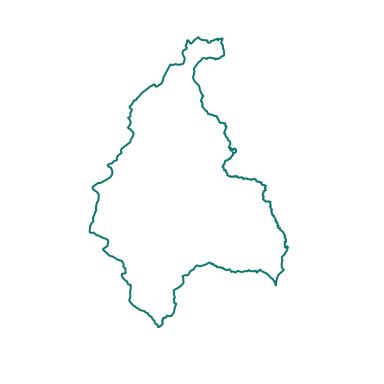 Chai Prakan, Chiang Mai, Thailand, rotated 54°
{"feature_id": "78962969B89522640668309", "entity_name": "Chai Prakan", "entity_type": "district", "adm_level": 2, "iso_a3": "THA", "parent_name": "Thailand", "parent_adm1": "Chiang Mai", "projection": "robinson", "projection_center": [99.191, 19.697], "detail": "fine", "context": "isolated", "style": "outline", "palette": "teal", "viewbox_px": 384, "rotation_deg": 54, "n_neighbors": 0, "source": "geoboundaries", "source_scale": "gbopen_adm2", "svg_char_len": 6041}
<svg xmlns="http://www.w3.org/2000/svg" viewBox="0 0 384 384"><g transform="rotate(54 192 192)"><path d="M317.4,179.2L314.3,177.0L310.3,171.9L309.7,170.0L309.3,165.1L308.9,163.6L306.1,163.6L305.2,163.3L303.2,162.0L300.4,159.1L297.5,157.6L297.2,156.8L297.0,153.9L296.0,152.3L295.0,149.3L293.0,146.9L292.2,146.9L292.0,149.1L291.2,149.3L289.9,147.8L288.4,147.7L287.7,146.2L287.1,146.1L287.5,145.4L287.2,144.9L286.7,144.9L286.3,144.3L285.0,143.7L283.9,143.9L283.4,143.4L282.9,143.4L282.4,142.4L281.1,142.6L279.3,142.0L278.0,141.9L273.9,142.9L272.9,142.2L272.8,142.6L271.2,143.4L270.8,143.3L270.2,141.9L269.5,142.3L269.3,141.9L268.8,141.9L267.2,141.1L266.0,141.7L265.4,140.8L263.9,141.3L263.1,140.2L261.5,140.3L259.7,139.8L258.6,140.5L258.0,140.0L257.0,140.3L255.6,139.4L254.3,139.3L253.1,137.6L252.0,138.1L250.6,137.4L249.7,137.6L249.2,136.2L248.0,135.8L247.5,135.3L246.5,135.2L246.0,134.4L244.7,135.4L243.4,137.8L239.8,138.8L238.5,137.8L238.4,137.0L237.9,136.7L236.9,137.0L235.3,136.1L234.7,135.3L234.6,134.4L233.6,133.7L233.9,133.2L233.6,132.3L233.8,131.2L233.4,130.9L232.8,131.0L232.3,130.6L231.7,130.8L231.2,130.5L231.0,129.2L230.5,128.6L229.4,129.1L227.7,130.8L227.0,130.7L225.7,131.2L225.1,130.2L222.7,132.2L222.5,132.8L220.5,133.6L219.6,133.0L218.0,133.7L217.2,135.7L217.3,136.7L215.8,137.6L214.2,139.5L213.5,139.6L212.1,141.3L211.7,142.8L210.8,142.4L209.3,143.1L208.0,145.9L206.3,146.0L206.1,146.8L205.4,146.7L205.1,147.5L204.5,147.7L204.7,148.5L203.8,149.3L203.6,150.3L203.0,150.5L202.7,151.5L201.6,151.9L201.3,152.5L198.9,153.4L197.7,152.7L195.9,152.7L195.2,151.9L193.5,152.4L193.5,153.0L192.8,153.1L191.1,152.2L189.5,152.5L188.9,150.8L188.4,150.4L188.6,150.1L188.4,149.5L186.3,146.7L187.2,144.4L186.9,142.6L187.4,142.2L187.2,141.7L187.4,140.9L186.8,140.5L186.8,139.8L186.3,138.8L186.4,138.2L185.7,136.5L184.5,135.9L185.4,134.4L185.5,133.5L184.9,132.4L184.0,131.6L182.8,131.6L181.8,132.1L181.5,133.5L182.2,133.9L182.3,135.5L181.5,135.5L180.6,134.7L179.9,134.7L179.7,135.0L180.2,136.1L179.3,135.9L179.0,135.2L178.4,135.8L177.6,136.0L175.8,132.8L174.2,131.9L172.6,131.7L171.6,132.2L170.6,132.2L168.8,131.5L167.5,132.1L165.3,131.5L164.9,131.0L163.2,131.4L160.1,126.6L159.7,126.6L159.4,125.8L158.9,125.5L158.2,125.9L158.1,125.6L157.3,125.6L155.9,124.9L155.4,125.9L154.0,126.4L152.8,128.5L151.4,128.6L150.1,128.5L149.6,128.0L147.0,128.1L146.3,127.5L145.3,127.6L144.3,128.2L143.3,129.6L141.6,130.0L140.8,131.1L139.9,131.4L138.5,133.1L135.3,132.4L134.4,133.1L128.7,133.4L128.1,133.1L127.4,132.0L126.3,131.7L125.5,131.0L123.8,131.4L121.6,128.7L121.3,126.7L121.0,126.5L117.7,126.4L113.9,125.6L112.3,124.6L110.0,123.9L103.9,124.8L101.4,124.4L99.8,123.7L96.2,119.2L93.8,118.5L93.1,117.2L91.0,110.8L90.8,107.3L89.9,105.0L91.2,102.9L93.0,101.9L93.0,100.4L93.7,98.5L95.2,97.5L96.3,96.0L98.4,95.2L98.1,94.1L99.1,93.6L99.6,92.8L99.5,91.9L100.0,90.9L99.7,88.3L100.4,86.0L99.6,85.1L96.0,82.9L93.6,82.4L91.4,80.8L89.4,80.9L88.2,80.5L86.7,78.0L85.7,77.2L85.1,78.1L84.4,81.5L83.2,81.0L82.8,81.4L82.9,82.8L82.1,83.9L82.1,85.7L81.0,87.8L81.8,89.4L81.0,90.9L79.9,91.3L78.4,90.5L74.9,94.6L72.8,95.6L70.5,95.9L70.5,101.4L71.3,103.1L71.3,105.8L67.9,105.9L66.8,106.2L66.6,106.6L68.7,108.9L70.0,111.2L72.4,111.5L73.0,112.4L72.6,113.9L72.6,116.6L73.6,117.8L75.6,118.6L79.6,119.3L81.6,121.4L82.7,123.0L83.0,124.2L82.0,126.7L80.7,128.6L79.0,130.0L77.6,133.4L76.2,134.6L82.4,147.6L85.1,150.5L86.2,152.7L86.0,158.6L85.3,159.3L84.4,159.4L83.4,158.9L82.6,159.5L82.2,164.1L82.4,174.9L83.3,177.4L84.0,181.6L84.6,183.0L84.0,185.3L85.9,189.6L86.2,192.2L87.3,192.9L89.7,192.1L90.3,192.5L92.0,195.6L94.5,197.2L94.7,197.6L94.6,200.1L97.4,199.9L99.8,200.7L101.0,202.3L102.2,205.9L103.2,206.0L104.8,205.0L109.2,204.7L110.2,204.8L111.0,205.4L112.4,207.5L113.5,210.6L115.1,212.3L115.4,213.0L115.6,223.3L115.8,224.0L116.6,225.0L119.0,226.0L119.0,229.9L119.7,232.3L121.9,233.9L122.0,234.5L121.1,237.0L121.8,240.1L120.5,242.6L120.7,244.2L121.2,244.7L122.1,244.7L123.3,243.8L124.8,243.4L127.6,243.9L130.2,245.5L131.0,246.7L131.9,248.7L132.0,252.1L131.0,260.1L130.7,261.2L129.6,262.6L129.4,266.3L129.6,269.5L130.7,270.3L132.1,270.3L135.8,269.0L138.0,268.8L139.5,269.1L140.8,270.1L143.9,272.8L144.4,274.7L147.2,278.1L150.8,280.6L151.2,282.1L152.9,284.1L154.7,287.3L157.6,289.0L158.3,291.6L159.7,294.4L164.1,298.3L165.8,297.7L167.1,295.4L170.8,294.6L172.9,292.9L176.9,291.0L179.2,289.1L181.7,288.3L182.7,288.8L186.0,292.1L185.8,297.0L186.4,297.9L195.4,296.0L197.5,294.1L202.7,292.1L206.3,289.4L209.2,289.5L210.5,289.9L212.0,291.5L215.0,290.9L216.9,292.4L218.2,292.9L218.4,293.3L218.3,294.3L217.1,296.7L217.9,297.7L218.6,298.0L221.9,298.4L225.4,297.6L226.2,297.1L229.1,298.0L230.6,296.7L231.8,296.4L237.4,301.5L239.5,302.7L240.8,303.8L242.3,306.1L243.8,306.8L249.6,306.1L251.0,305.3L253.2,304.9L255.4,303.8L257.1,303.3L260.4,300.6L262.5,300.1L264.3,298.9L265.7,299.4L266.4,299.0L268.5,298.9L269.2,298.1L272.0,298.7L274.0,298.0L275.8,298.9L276.6,299.0L277.7,298.8L279.2,297.8L281.3,298.8L281.8,297.9L282.0,296.1L281.2,293.0L280.3,292.7L279.7,291.9L278.4,291.7L278.1,290.6L277.0,289.8L277.0,289.5L277.6,289.1L277.6,287.8L278.3,287.0L277.6,285.8L277.4,284.8L278.8,283.8L280.0,281.5L279.9,280.4L278.6,277.2L275.5,274.0L273.4,270.7L272.9,270.5L271.5,271.4L270.7,271.4L269.7,270.3L268.0,269.7L267.2,267.8L263.9,266.7L262.8,265.3L261.0,264.8L260.8,263.9L261.3,260.4L261.5,256.3L260.5,252.3L259.9,251.7L258.0,250.8L256.8,249.8L254.6,249.1L254.8,247.4L256.5,244.8L256.8,243.6L256.6,242.7L255.0,240.1L255.5,235.9L254.3,233.0L254.3,231.1L256.4,229.7L257.1,228.6L258.9,223.0L259.1,219.8L259.7,218.9L260.2,218.6L261.6,218.6L262.5,217.3L264.6,217.2L265.7,215.9L267.4,216.0L269.7,213.2L271.1,212.5L271.6,211.6L273.3,211.3L275.3,210.1L276.8,207.0L279.8,207.0L280.4,205.5L282.7,204.2L282.7,201.4L285.3,199.4L286.5,197.9L287.0,196.0L288.5,193.9L288.6,192.0L290.1,191.6L290.6,191.0L292.7,188.2L293.1,186.7L293.6,186.5L294.9,187.0L295.3,186.8L294.9,182.6L297.7,181.9L301.1,179.8L302.7,179.5L304.0,178.9L307.1,178.8L309.0,178.1L312.4,177.8L317.4,179.2Z" fill="none" stroke="#0f766e" stroke-width="2"/></g></svg>